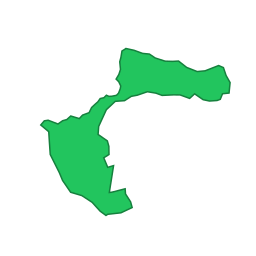 outline of Milia Pafou, Paphos, Cyprus, rotated 200°
{"feature_id": "46923920B8918300424858", "entity_name": "Milia Pafou", "entity_type": "district", "adm_level": 2, "iso_a3": "CYP", "parent_name": "Cyprus", "parent_adm1": "Paphos", "projection": "natural_earth1", "projection_center": [32.535, 34.912], "detail": "fine", "context": "isolated", "style": "filled", "palette": "green", "viewbox_px": 256, "rotation_deg": 200, "n_neighbors": 0, "source": "geoboundaries", "source_scale": "gbopen_adm2", "svg_char_len": 1242}
<svg xmlns="http://www.w3.org/2000/svg" viewBox="0 0 256 256"><g transform="rotate(200 128 128)"><path d="M96.9,54.7L100.3,59.5L107.8,65.2L109.9,69.9L121.3,62.1L123.5,61.0L126.1,74.4L128.7,87.7L133.6,84.1L140.6,91.7L136.8,96.6L139.7,104.2L143.0,108.8L153.9,111.7L156.1,119.5L154.6,137.8L149.1,148.7L140.6,152.5L135.7,158.9L130.5,162.0L122.2,168.7L113.7,170.3L107.1,170.3L96.6,174.7L90.3,176.9L80.2,176.9L77.1,182.9L67.1,180.3L60.7,181.2L53.7,184.3L51.1,186.5L50.9,192.5L45.0,195.4L47.6,205.6L53.7,210.8L53.9,211.0L55.4,212.9L59.0,217.4L64.2,217.7L75.1,208.1L82.3,204.7L93.6,205.0L103.4,208.2L109.0,205.8L116.0,203.5L126.4,203.1L133.2,204.8L139.8,203.1L148.9,203.1L157.2,202.0L157.9,200.9L160.0,198.3L158.8,191.9L158.4,187.4L155.1,180.5L154.9,175.2L155.9,169.9L152.5,168.3L149.2,165.0L148.7,162.2L148.8,157.5L150.0,154.8L154.1,152.3L156.8,151.2L159.5,151.4L161.0,148.2L164.2,146.2L165.3,142.2L166.8,139.5L169.2,134.8L169.8,129.1L175.1,124.6L177.0,120.2L185.9,119.7L188.4,115.0L191.9,112.5L195.2,107.8L205.7,108.0L209.1,106.1L211.0,101.0L201.2,97.4L197.1,88.0L192.0,76.5L177.3,62.6L171.5,56.3L159.9,48.0L148.3,48.7L136.3,45.9L125.7,40.3L118.8,38.3L117.5,40.0L105.6,45.9L96.9,54.7Z" fill="#22c55e" stroke="#15803d" stroke-width="1.5"/></g></svg>